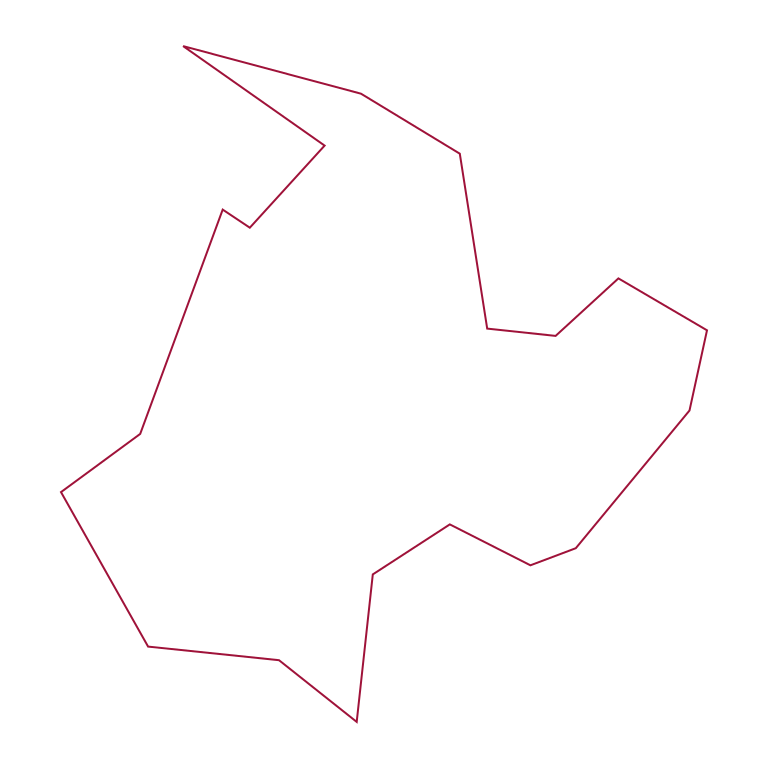 the district of Centar, Čair, North Macedonia
{"feature_id": "65306769B31528709538806", "entity_name": "Centar", "entity_type": "district", "adm_level": 2, "iso_a3": "MKD", "parent_name": "North Macedonia", "parent_adm1": "Čair", "projection": "equal_earth", "projection_center": [21.43, 41.996], "detail": "fine", "context": "isolated", "style": "outline", "palette": "rose", "viewbox_px": 768, "rotation_deg": 0, "n_neighbors": 0, "source": "geoboundaries", "source_scale": "gbopen_adm2", "svg_char_len": 376}
<svg xmlns="http://www.w3.org/2000/svg" viewBox="0 0 768 768"><path d="M689.5,410.5L707.0,330.3L618.4,278.4L555.6,335.9L487.2,328.6L459.8,153.7L361.0,93.7L183.1,46.1L324.6,145.6L249.8,227.7L222.7,209.6L140.2,433.9L61.0,492.1L148.1,646.6L279.0,660.2L356.7,721.9L372.8,574.4L449.8,524.4L530.4,565.3L575.8,548.2L689.5,410.5Z" fill="none" stroke="#9f1239" stroke-width="2"/></svg>